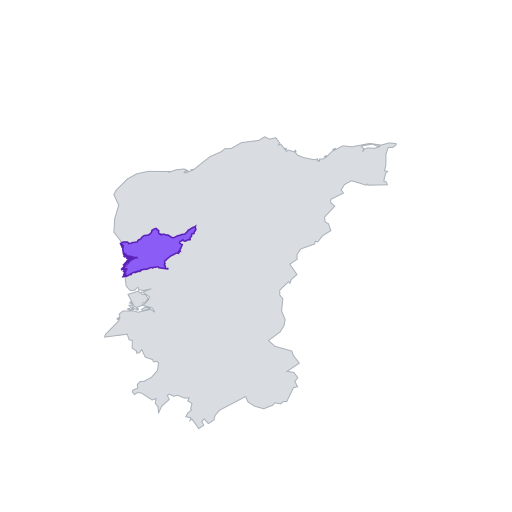 location of Maranhão within Brazil, rotated 235°
{"feature_id": "BRA-593", "entity_name": "Maranhão", "entity_type": "State", "adm_level": 1, "iso_a3": "BRA", "parent_name": "Brazil", "parent_adm1": "", "projection": "equal_earth", "projection_center": [-45.076, -5.686], "detail": "fine", "context": "in_parent", "style": "filled", "palette": "violet", "viewbox_px": 512, "rotation_deg": 235, "n_neighbors": 0, "source": "natural_earth", "source_scale": "10m", "svg_char_len": 9695}
<svg xmlns="http://www.w3.org/2000/svg" viewBox="0 0 512 512"><g transform="rotate(235 256 256)"><path d="M168.3,114.7L172.0,119.0L176.6,117.0L178.1,119.8L180.7,115.8L187.0,111.8L188.4,108.0L192.4,105.9L192.8,103.5L188.2,102.6L187.0,92.4L183.1,85.9L188.4,89.2L193.2,89.0L196.6,92.3L197.6,88.3L209.6,83.5L212.3,80.1L212.1,77.0L215.7,76.8L216.7,78.3L215.6,83.5L218.7,84.9L219.7,89.1L217.6,92.4L216.6,100.9L218.8,109.8L224.5,114.9L226.9,114.1L228.1,111.3L230.3,111.9L236.7,107.3L244.8,108.7L243.6,104.9L244.9,102.5L246.4,103.6L251.7,101.7L257.7,106.2L260.2,104.0L265.8,105.7L276.4,85.5L278.1,87.6L281.6,106.1L283.4,109.0L286.9,110.6L287.3,115.3L281.3,124.2L277.6,127.1L272.7,139.2L267.9,140.9L273.0,141.3L280.3,135.1L281.8,142.9L283.8,145.3L291.4,142.6L289.2,151.4L292.1,144.4L295.6,140.3L297.4,141.5L298.2,140.3L297.5,137.1L299.8,133.2L305.8,132.4L318.4,139.1L319.4,142.5L321.1,140.1L324.1,142.8L324.9,145.7L323.4,147.7L324.0,148.7L325.6,146.8L326.0,148.6L324.5,150.6L323.6,156.5L325.6,154.1L327.1,149.6L327.3,152.8L333.0,148.7L346.3,153.8L357.0,153.3L367.4,161.4L376.4,172.7L387.8,174.7L390.0,178.8L392.9,195.0L391.7,205.6L387.2,216.2L374.8,233.6L374.7,232.2L372.4,240.1L368.5,247.1L366.7,248.1L365.4,245.0L364.3,246.6L362.5,254.0L363.8,275.2L361.4,287.3L361.7,292.1L358.3,297.2L357.2,309.3L349.1,324.5L348.7,331.4L343.9,334.2L341.6,340.0L335.4,340.2L334.1,338.0L333.6,340.4L324.1,341.0L324.5,343.0L318.5,347.7L315.1,347.7L309.1,351.6L301.6,358.8L300.2,362.2L298.9,360.9L298.4,362.5L296.7,361.8L298.9,363.8L297.2,366.1L296.7,369.8L298.0,378.1L296.5,390.3L290.4,397.2L283.0,413.8L275.9,421.2L275.7,418.7L280.8,415.7L285.1,406.6L285.2,405.0L282.2,406.0L280.3,403.1L281.3,406.0L280.6,409.4L276.2,414.9L274.9,419.2L275.3,421.6L272.2,430.0L267.7,435.2L266.6,434.4L266.5,430.3L269.0,426.5L264.7,420.7L255.3,414.0L252.3,410.2L249.8,412.2L249.4,409.6L244.1,403.7L241.6,405.3L239.0,404.4L249.7,388.5L251.0,388.6L250.7,387.0L262.9,377.4L263.8,369.5L261.4,363.7L257.4,363.7L259.5,349.9L256.9,347.8L251.6,349.1L248.6,334.6L244.2,332.1L240.9,333.9L233.8,331.8L234.5,322.3L232.1,314.7L234.1,313.0L232.2,310.9L236.1,296.8L233.7,290.4L229.7,287.8L229.9,279.0L217.3,278.9L216.6,271.6L214.2,268.1L216.3,268.0L214.4,255.9L210.4,253.1L205.5,253.4L196.4,245.5L187.0,243.3L182.9,239.0L180.0,232.2L179.6,217.8L171.4,219.6L157.5,230.9L153.2,229.5L143.4,230.0L143.7,215.2L139.0,220.2L132.4,220.5L130.9,215.9L125.1,215.0L126.6,211.1L119.1,197.6L121.0,195.2L120.7,191.4L124.9,187.3L124.2,183.8L126.5,174.6L133.7,168.8L141.0,165.7L146.8,166.9L150.6,137.6L148.9,131.1L145.9,127.6L146.0,120.8L152.3,120.1L151.2,116.4L147.4,116.3L147.4,110.1L159.2,110.0L159.1,107.5L160.9,109.8L164.6,106.3L166.6,110.2L166.8,115.1L168.3,114.7ZM284.9,127.4L297.9,129.1L294.8,139.4L292.4,139.6L292.0,141.4L290.1,140.6L288.0,143.2L283.0,143.2L281.3,138.0L282.6,136.7L281.0,134.8L282.1,128.9L284.9,127.4ZM273.8,139.8L275.8,132.4L277.8,131.4L277.7,135.9L273.8,139.8ZM288.4,123.7L287.2,126.5L284.2,125.9L284.7,124.1L288.4,123.7ZM284.0,120.7L283.5,126.4L282.2,125.8L284.0,120.7ZM290.5,127.3L288.6,127.6L287.8,127.2L290.1,125.5L290.5,127.3ZM282.0,127.5L280.1,129.4L279.3,128.4L280.7,126.8L282.0,127.5ZM285.5,122.6L284.6,121.4L286.2,120.3L286.3,121.3L285.5,122.6ZM284.5,108.0L283.4,108.2L283.2,106.2L284.2,106.0L284.5,108.0ZM298.5,383.1L298.2,381.4L299.0,379.9L299.2,380.4L298.5,383.1ZM319.6,347.1L319.9,349.0L318.6,348.6L319.6,347.1ZM297.8,371.0L297.2,370.0L298.0,369.0L298.3,369.4L297.8,371.0ZM325.3,152.8L324.5,155.0L325.3,151.9L325.3,152.8ZM366.0,248.5L364.7,249.1L365.5,247.4L366.0,248.5ZM327.5,341.8L326.2,342.4L326.0,342.0L326.7,341.2L327.5,341.8ZM363.8,252.3L363.3,253.4L363.0,252.7L363.8,252.3ZM321.8,138.3L321.9,139.4L321.5,139.2L321.8,138.3Z" fill="#d9dde1" stroke="#a8b0b8" stroke-width="1"/><path d="M313.7,137.9L314.3,137.3L314.3,137.7L314.4,137.1L314.8,136.2L314.9,136.7L314.8,137.1L315.0,137.1L314.7,137.2L314.6,137.5L315.1,138.1L315.6,136.3L315.7,136.7L315.3,137.4L315.3,137.7L315.5,137.3L315.5,137.6L315.4,138.2L315.6,137.9L315.5,138.4L315.8,137.6L315.9,138.2L315.8,138.4L316.0,138.8L316.0,138.3L316.6,137.0L316.8,137.2L316.5,138.1L316.8,137.6L317.1,138.3L316.9,139.2L317.3,139.1L317.4,138.3L317.6,138.4L317.6,138.8L317.8,138.3L317.8,139.1L318.0,138.7L317.9,139.7L318.7,138.5L318.7,138.4L318.8,139.0L318.4,139.2L318.3,140.1L318.1,140.1L317.9,140.4L318.1,140.2L318.1,140.5L318.4,140.5L318.4,140.9L318.5,140.0L318.7,139.8L318.6,140.1L318.8,139.9L319.1,138.8L319.4,138.7L319.6,139.7L318.9,140.3L319.2,140.2L318.9,141.0L319.0,140.9L319.3,141.2L319.1,142.4L319.4,142.8L320.1,142.1L319.9,141.2L320.5,140.3L320.7,140.5L321.0,140.1L321.1,140.3L320.9,140.3L321.1,140.3L321.2,139.8L321.3,140.2L321.6,140.4L321.7,140.7L321.9,140.9L321.5,141.2L321.5,141.4L321.9,141.3L322.0,140.5L322.6,139.7L322.7,140.3L322.3,140.9L322.3,141.4L322.0,141.4L322.3,141.8L322.1,141.9L322.3,141.9L322.5,141.4L322.7,141.8L322.9,141.7L322.7,141.5L322.8,141.1L323.0,141.7L323.0,141.4L323.1,141.6L323.0,142.4L323.3,142.6L322.9,142.9L323.2,142.7L323.3,142.6L323.2,142.4L323.7,142.5L323.0,143.4L323.6,143.2L323.9,143.4L324.1,142.5L324.5,142.8L324.0,143.7L324.3,143.5L324.5,143.7L324.7,143.4L324.7,143.9L324.9,143.5L325.0,143.7L324.5,144.2L325.0,144.2L325.2,145.1L324.3,145.5L325.2,145.6L324.4,146.6L324.1,146.6L324.5,146.7L324.1,147.4L323.7,147.4L323.8,147.7L323.4,147.6L322.9,147.8L323.6,147.7L323.8,148.0L324.0,147.7L323.6,149.0L324.0,148.5L324.0,149.1L324.2,147.7L325.2,146.6L325.4,146.5L325.9,147.0L326.1,148.3L325.9,149.0L325.3,149.0L325.1,148.6L324.8,148.9L324.7,149.1L325.1,148.9L325.0,149.9L324.1,150.8L324.9,150.3L324.2,151.8L324.1,153.2L323.9,153.8L323.8,154.6L324.3,154.9L324.3,155.1L323.6,156.3L323.2,156.5L323.3,157.3L323.1,157.5L323.3,157.5L323.5,156.6L324.0,156.4L325.6,154.1L326.1,151.1L326.2,151.4L326.2,150.2L326.5,150.2L326.6,150.7L326.6,149.7L328.2,148.9L328.5,149.4L328.0,149.5L328.3,149.9L328.4,149.6L328.3,150.4L327.8,150.8L327.7,151.5L327.4,151.7L327.2,151.5L327.3,151.8L326.3,152.6L326.4,153.0L326.5,152.5L326.6,153.1L326.9,152.4L327.1,152.7L327.4,152.3L327.4,152.8L327.1,153.2L327.3,153.4L328.0,152.2L328.2,152.4L328.1,152.8L328.5,151.3L328.8,150.9L329.0,151.1L329.0,150.8L329.2,150.3L329.5,151.2L329.5,150.6L330.4,150.2L330.6,149.7L330.6,150.5L331.1,150.3L330.9,149.9L331.2,149.7L331.0,150.0L331.2,149.9L331.8,150.2L331.9,149.3L332.2,150.3L332.4,150.1L332.5,150.4L332.4,149.8L332.7,149.8L332.5,149.4L332.8,149.5L332.3,148.9L332.4,148.4L332.8,148.4L334.3,148.8L336.9,150.3L337.8,150.5L338.6,151.5L339.3,151.5L339.1,152.0L339.5,152.3L339.8,152.1L340.8,152.3L340.8,152.9L341.0,152.8L341.0,153.1L341.2,152.7L342.1,152.7L342.1,153.0L342.6,152.8L343.1,153.1L343.1,152.5L342.6,152.0L343.9,152.1L343.6,153.0L344.0,154.2L343.0,156.3L342.7,156.8L341.9,157.2L342.0,157.5L341.2,158.7L339.5,159.1L339.2,158.9L338.0,161.0L338.0,162.0L337.6,163.2L336.8,164.3L336.4,165.4L335.7,166.3L335.9,167.6L336.4,167.9L336.6,168.8L336.4,169.9L336.0,170.3L336.2,171.0L336.0,171.4L336.7,172.8L337.0,175.2L336.7,176.7L336.2,177.3L335.3,179.1L334.9,179.4L335.1,180.2L334.9,180.8L334.9,182.2L335.2,183.1L335.1,183.4L335.9,184.7L336.7,185.3L336.8,186.2L336.6,186.5L336.6,187.5L336.2,189.4L335.7,190.1L334.7,190.3L334.3,190.0L332.7,190.9L332.3,190.8L331.7,190.0L330.9,189.5L330.0,189.6L329.1,190.1L328.8,189.9L328.3,190.2L328.2,190.7L327.9,190.6L328.0,191.0L327.5,191.3L327.2,192.1L326.8,192.4L326.6,193.3L325.2,194.0L324.0,195.5L323.8,196.0L322.9,195.8L322.3,196.5L321.6,196.9L319.7,197.5L318.4,198.7L318.2,199.0L317.9,200.5L317.6,203.2L316.5,205.8L316.4,207.0L316.2,207.2L316.3,207.4L315.9,208.3L315.2,209.1L314.8,210.2L315.3,212.8L315.3,213.9L316.0,215.0L316.1,215.5L315.8,216.1L315.7,220.5L315.4,220.7L315.4,221.3L315.0,222.2L315.1,223.5L314.1,222.5L312.3,222.1L311.4,220.6L311.5,219.8L311.2,219.3L310.0,218.1L310.1,217.5L310.5,217.2L311.0,216.3L310.9,215.9L309.1,214.5L308.8,212.8L308.5,212.1L308.1,211.8L307.4,211.7L307.1,211.4L307.3,210.9L308.4,209.5L308.3,208.7L308.9,206.1L309.7,205.6L311.3,205.4L310.9,204.7L311.1,204.4L311.2,203.3L311.4,202.5L311.3,201.5L310.5,200.8L308.6,201.4L307.9,202.0L307.5,202.1L306.0,199.4L305.7,199.2L305.5,198.4L305.3,198.5L304.8,197.3L304.4,197.3L304.2,196.5L303.6,196.5L304.3,195.9L304.3,195.2L303.6,194.9L303.2,195.2L302.5,194.1L302.9,193.7L303.2,193.8L304.2,192.2L304.3,189.5L304.8,187.4L304.8,186.2L305.0,185.5L304.7,183.9L304.8,181.7L304.3,180.5L304.4,179.0L304.2,178.5L303.9,178.0L302.6,177.2L301.8,177.1L301.6,176.1L301.4,175.9L300.7,175.7L299.9,176.0L298.3,175.0L297.2,175.2L296.4,176.6L295.9,176.4L295.5,176.8L302.1,169.7L303.0,169.8L303.6,169.2L304.5,167.2L305.1,166.4L305.5,164.7L305.6,164.8L307.1,162.9L307.4,160.0L307.9,159.6L308.0,158.4L308.5,157.8L308.9,157.7L309.3,156.5L309.6,156.3L309.5,156.0L310.2,154.6L310.1,153.6L310.3,153.7L310.3,153.4L310.7,153.2L310.0,152.1L310.0,151.9L310.4,151.4L311.0,151.1L311.2,150.4L311.6,150.2L311.6,149.1L311.8,148.6L311.5,148.7L311.7,148.3L311.7,147.5L312.1,147.5L312.7,146.5L313.1,144.5L313.2,143.5L313.1,143.3L312.5,143.3L312.4,142.7L313.1,142.5L313.2,142.1L313.4,141.1L313.2,140.3L313.8,139.0L313.5,138.6L313.7,137.9ZM325.3,151.8L325.1,153.1L325.3,152.7L325.2,154.1L324.5,155.2L324.7,153.9L324.6,152.7L324.8,152.2L325.3,151.8ZM331.3,147.6L331.5,147.9L331.2,149.0L330.5,149.1L330.7,147.9L331.3,147.6ZM322.4,138.3L322.5,138.8L322.2,138.6L322.4,138.9L321.9,139.4L321.5,139.3L321.5,138.8L321.6,138.7L321.7,139.1L321.8,138.2L322.4,138.3ZM342.4,151.8L342.5,152.2L342.1,152.3L342.0,151.8L341.4,151.6L342.4,151.8ZM329.8,150.0L329.7,149.2L329.9,149.0L330.0,149.5L330.2,149.2L330.4,149.4L330.3,149.9L330.0,150.0L329.8,150.0ZM340.9,151.7L341.6,152.1L341.9,152.5L340.9,152.1L340.9,151.7ZM331.4,148.8L331.9,148.7L331.7,149.2L331.4,148.8Z" fill="#8b5cf6" stroke="#5b21b6" stroke-width="1.5"/></g></svg>